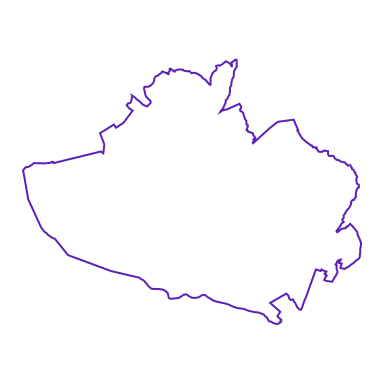 Bucov, Prahova, Romania
{"feature_id": "2599482B21146136676723", "entity_name": "Bucov", "entity_type": "district", "adm_level": 2, "iso_a3": "ROU", "parent_name": "Romania", "parent_adm1": "Prahova", "projection": "equal_earth", "projection_center": [26.112, 44.989], "detail": "fine", "context": "isolated", "style": "outline", "palette": "violet", "viewbox_px": 384, "rotation_deg": 0, "n_neighbors": 0, "source": "geoboundaries", "source_scale": "gbopen_adm2", "svg_char_len": 5962}
<svg xmlns="http://www.w3.org/2000/svg" viewBox="0 0 384 384"><path d="M277.2,324.2L280.8,322.2L280.2,321.3L281.4,320.4L281.4,320.0L277.4,316.3L280.2,311.8L270.2,302.9L286.3,293.6L288.0,295.1L288.4,295.7L288.7,297.2L289.1,297.8L289.1,298.3L289.8,299.3L290.8,299.9L291.4,300.0L292.6,299.4L293.0,299.4L293.3,299.8L293.6,301.1L293.9,301.6L295.0,302.6L297.3,307.3L297.8,307.6L298.9,309.2L300.0,309.6L301.1,309.6L302.1,307.4L304.5,300.4L305.9,297.4L313.9,275.0L314.4,273.8L314.5,273.1L316.0,269.4L320.5,271.0L320.7,270.9L320.7,270.5L321.4,269.5L321.8,270.0L326.3,271.5L325.6,272.4L325.7,272.5L324.6,273.7L326.2,274.9L325.8,275.5L326.5,276.0L325.8,276.7L324.2,279.9L326.3,280.9L332.1,281.8L334.6,277.5L335.7,276.0L337.4,272.5L337.5,271.7L337.3,270.8L336.7,269.5L336.5,267.3L336.7,265.4L336.0,264.9L335.6,264.4L336.3,263.6L337.1,261.7L337.8,260.6L338.3,260.6L339.9,259.7L340.8,259.6L338.9,262.7L339.6,263.2L341.8,263.6L340.6,266.7L340.4,267.9L344.5,269.0L345.8,268.0L348.3,266.9L352.1,263.9L353.7,262.9L355.9,260.7L358.2,259.2L359.4,257.9L359.8,256.8L359.9,254.4L360.3,251.9L360.1,249.6L360.5,248.0L360.9,245.4L361.0,242.6L360.6,242.0L360.3,240.8L359.3,238.2L357.9,235.5L357.1,231.8L356.8,231.3L351.6,225.2L350.2,223.8L348.4,225.9L347.1,226.5L347.1,226.8L346.1,227.0L345.8,227.5L345.7,228.1L341.4,228.9L337.5,232.2L336.8,231.8L336.5,231.1L336.8,230.6L338.3,229.0L338.3,228.6L340.6,225.4L341.4,223.8L343.6,222.0L343.0,221.6L342.6,221.0L342.3,220.0L342.6,219.0L343.5,218.4L343.7,216.6L343.6,215.4L345.1,213.6L345.8,211.9L346.7,210.5L349.0,208.0L350.8,204.7L350.9,204.0L351.3,203.0L351.1,202.5L351.0,201.9L352.4,200.2L353.6,199.7L354.1,199.9L355.0,198.0L355.6,197.2L356.0,196.9L355.7,195.9L355.9,194.5L355.9,192.8L356.2,191.3L356.5,190.9L356.5,190.0L356.8,189.3L357.6,188.2L358.9,187.5L359.0,186.7L358.6,186.1L358.9,185.0L358.5,184.4L357.3,183.9L356.6,182.8L356.3,178.8L357.2,176.9L355.9,174.5L355.2,173.8L355.1,173.4L355.3,172.5L354.4,171.8L353.7,170.0L352.3,169.2L351.9,168.9L351.8,168.4L351.9,167.8L350.9,166.7L350.5,165.3L348.9,165.2L347.9,165.6L347.1,165.0L346.6,164.1L345.7,163.7L345.4,163.0L344.8,162.3L343.6,162.4L342.2,161.7L340.5,161.6L338.8,160.1L336.4,159.8L335.9,159.1L334.8,158.2L334.3,157.5L333.9,156.4L333.0,155.9L332.3,155.8L331.6,156.0L331.0,155.9L330.6,156.2L328.9,155.8L328.0,154.3L328.1,153.3L328.0,151.2L326.3,151.1L325.3,150.5L324.6,150.9L323.4,150.8L323.1,150.9L322.1,151.9L321.6,152.0L318.5,151.6L317.9,150.5L317.6,149.6L316.2,148.6L316.6,147.8L316.5,147.4L314.6,147.5L313.7,147.0L312.7,147.2L312.5,146.2L311.8,145.4L310.5,145.4L310.5,144.9L307.6,143.0L303.0,139.1L301.7,137.8L297.5,130.7L298.2,130.5L293.7,119.7L278.6,121.7L277.2,122.3L270.0,127.9L253.1,143.3L252.9,143.1L252.9,142.4L253.9,140.5L253.4,139.8L253.5,139.2L253.8,139.0L254.9,139.0L255.4,138.3L254.8,137.3L254.6,136.6L253.2,135.0L253.0,133.4L252.7,133.0L250.8,132.7L250.2,132.2L248.4,131.8L248.0,131.6L247.9,130.8L246.6,130.3L247.0,129.3L247.0,128.7L247.4,127.7L247.4,127.3L247.7,126.8L247.5,126.5L247.8,125.8L247.8,125.1L247.1,124.8L246.3,123.9L246.3,123.6L246.5,123.4L246.3,121.5L246.4,120.9L245.2,119.5L245.2,119.3L243.4,114.1L243.3,113.2L242.9,112.4L240.3,110.9L240.0,109.5L240.9,108.3L241.1,107.6L241.2,106.4L240.9,105.7L240.2,105.2L239.5,103.8L226.1,109.7L225.5,109.6L222.5,110.5L220.3,111.9L220.9,110.8L222.3,109.3L222.7,109.0L223.5,107.5L224.8,104.3L225.5,103.0L225.7,102.3L225.7,100.3L227.5,98.5L228.3,96.5L229.6,94.7L229.6,92.8L229.9,92.1L230.0,90.6L229.9,88.4L230.1,87.4L231.2,85.6L231.4,84.1L231.3,83.1L232.3,78.9L233.7,76.7L233.7,74.8L233.9,73.9L233.9,72.0L234.5,70.4L236.7,66.8L236.6,59.8L234.9,59.9L233.8,61.0L231.7,62.4L231.6,62.7L232.0,65.9L231.9,66.3L231.6,66.3L230.2,63.9L229.4,63.2L226.6,61.6L225.8,61.4L222.0,64.4L219.8,65.6L218.3,65.3L216.1,66.0L216.3,66.9L216.8,68.1L216.3,69.6L215.8,70.5L214.2,71.4L212.9,72.8L212.1,74.2L210.6,78.3L210.4,79.5L210.7,80.5L210.5,82.0L210.6,83.7L210.5,84.8L210.4,84.9L209.2,84.3L208.1,82.8L206.9,82.0L206.5,80.7L202.0,77.5L201.4,76.1L199.6,75.3L198.1,74.0L194.2,72.7L191.7,73.1L191.0,72.9L189.7,71.3L189.2,71.1L187.6,71.3L184.3,70.8L183.3,70.3L183.1,69.7L181.7,69.8L179.8,69.2L175.3,70.5L175.0,70.8L174.8,71.6L174.6,71.7L174.3,71.5L174.2,70.9L174.0,70.7L172.5,70.6L171.6,69.4L170.7,68.7L170.2,68.6L169.5,69.0L169.9,70.3L169.9,70.8L169.3,71.6L167.9,72.8L168.5,73.3L168.7,73.9L168.4,74.2L167.8,74.0L166.6,73.1L162.8,71.6L161.9,71.7L161.5,72.8L161.2,73.2L159.6,74.0L158.2,75.5L156.2,76.1L155.5,76.5L154.4,78.3L154.1,80.7L153.5,82.4L152.8,83.4L151.1,85.1L149.7,86.1L148.0,86.7L146.6,86.9L144.6,86.8L144.2,87.6L144.1,89.1L145.5,95.2L146.0,96.6L147.9,98.3L148.9,99.6L150.1,100.5L150.6,101.3L150.6,102.9L150.0,103.6L147.2,106.4L144.4,105.4L142.5,104.3L139.2,101.0L137.3,99.8L134.2,96.9L131.9,95.4L132.2,96.5L131.3,100.4L131.2,101.4L130.9,102.1L130.5,102.6L129.8,103.2L128.2,103.2L126.7,105.3L129.3,108.4L132.7,110.6L123.5,122.8L116.0,127.7L114.0,124.5L100.0,133.2L103.6,142.5L104.3,144.7L103.3,153.3L100.9,151.5L53.5,163.1L53.2,161.9L52.3,161.8L51.7,161.9L51.2,162.5L50.4,162.8L43.3,163.5L40.0,163.2L35.8,163.3L34.3,163.0L33.6,163.4L32.0,164.7L28.3,166.9L26.7,167.2L25.8,167.1L23.0,170.3L24.0,174.9L28.2,199.2L41.1,227.4L44.5,231.8L45.6,232.4L46.7,233.3L48.0,234.9L51.9,237.6L55.1,239.0L68.0,255.1L111.2,271.1L139.4,277.7L139.9,277.9L140.2,278.5L140.7,278.9L142.8,279.9L144.1,280.8L148.8,286.5L151.4,288.7L153.9,289.0L155.5,288.9L158.4,289.0L162.5,289.5L164.2,290.2L166.0,291.3L167.7,293.1L168.7,297.6L169.5,298.4L170.1,298.7L170.9,298.8L178.4,298.0L181.1,296.5L183.4,294.9L185.4,294.4L186.4,294.4L186.9,294.7L188.7,296.0L191.6,297.6L194.7,298.0L198.5,297.3L199.7,296.7L202.3,295.0L203.3,294.8L204.5,295.0L205.3,295.2L207.7,297.1L213.2,300.5L215.6,301.3L217.7,301.9L224.8,303.4L228.7,304.6L232.8,306.5L237.1,308.0L243.7,308.9L248.4,310.7L254.2,312.1L258.5,312.5L262.3,313.9L263.9,314.7L265.1,316.2L267.1,317.7L268.3,320.2L269.0,321.1L269.6,321.4L271.0,321.6L273.1,323.0L277.2,324.2Z" fill="none" stroke="#5b21b6" stroke-width="2"/></svg>